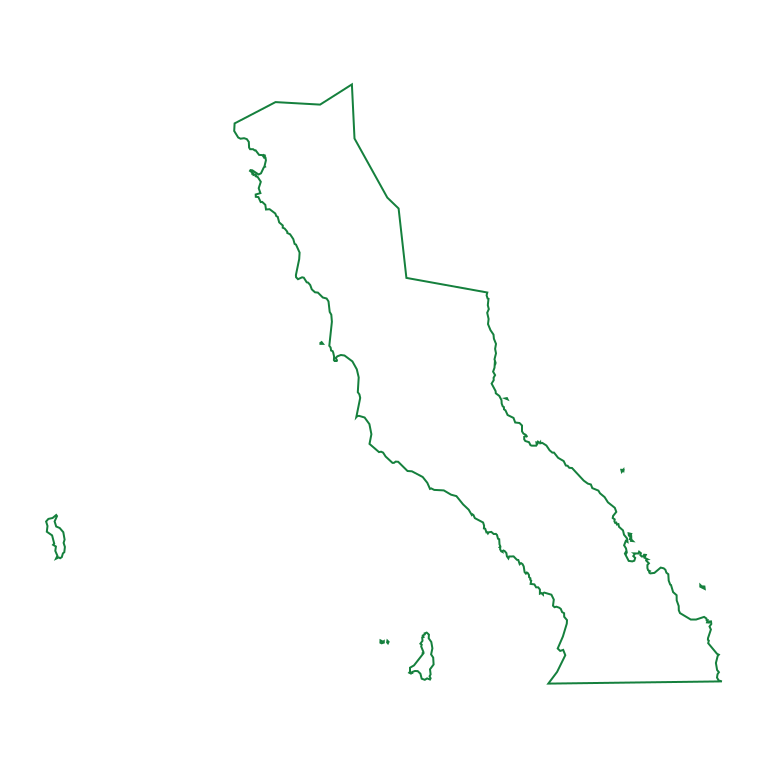 outline of Ensenada, Baja California, Mexico
{"feature_id": "50627088B13797450449328", "entity_name": "Ensenada", "entity_type": "district", "adm_level": 2, "iso_a3": "MEX", "parent_name": "Mexico", "parent_adm1": "Baja California", "projection": "orthographic", "projection_center": [-114.931, 30.193], "detail": "fine", "context": "isolated", "style": "outline", "palette": "green", "viewbox_px": 768, "rotation_deg": 0, "n_neighbors": 0, "source": "geoboundaries", "source_scale": "gbopen_adm2", "svg_char_len": 6108}
<svg xmlns="http://www.w3.org/2000/svg" viewBox="0 0 768 768"><path d="M234.6,123.4L234.2,131.0L238.2,137.5L240.5,138.7L244.1,138.2L246.8,139.1L248.8,141.9L249.1,147.6L250.1,149.2L253.1,149.2L255.2,150.8L254.9,150.4L255.6,150.3L259.1,154.9L262.4,155.1L264.0,157.4L263.2,155.8L263.7,155.0L264.6,155.4L264.1,156.0L264.6,155.7L265.1,157.1L264.6,157.1L264.5,157.8L265.5,157.8L265.9,160.4L264.6,165.8L265.1,166.7L263.9,167.2L261.0,173.3L258.6,174.5L252.3,170.3L250.5,170.1L250.0,170.9L252.0,172.3L252.3,173.8L253.4,173.4L253.5,175.0L255.5,174.7L256.5,176.0L256.1,176.4L257.7,177.0L260.8,181.8L258.7,188.2L260.4,193.1L255.7,194.5L255.8,196.8L258.4,197.1L260.7,202.1L262.2,201.9L265.3,204.8L266.0,209.5L269.6,209.2L275.3,213.5L276.3,216.1L277.7,216.8L279.2,222.4L282.8,225.5L282.7,227.7L284.6,228.5L287.2,231.6L287.3,233.0L290.1,234.3L293.3,239.1L294.6,243.9L296.0,244.6L299.6,252.6L299.2,259.1L295.9,275.1L296.1,277.3L298.0,279.2L302.1,277.3L303.8,277.7L306.7,282.3L308.1,282.6L310.2,285.0L311.8,289.4L315.0,292.3L317.9,292.6L322.8,297.5L326.6,298.5L328.5,301.4L329.7,311.9L331.3,314.7L331.9,321.7L329.3,345.8L330.6,347.5L331.1,350.5L332.6,351.1L333.2,352.5L334.1,356.6L333.9,360.1L334.6,361.0L336.7,361.0L337.0,360.3L335.7,358.0L337.4,356.3L340.9,355.0L344.5,355.5L352.4,361.4L356.8,369.3L358.7,377.4L357.8,392.2L359.4,394.4L360.2,397.9L356.3,417.2L357.4,416.0L359.2,415.9L364.6,417.5L369.4,424.1L371.4,434.2L369.5,443.9L379.0,452.1L381.1,451.7L383.1,452.6L385.6,456.5L392.5,462.9L393.9,462.9L395.7,461.6L398.2,461.8L407.5,471.0L411.9,471.3L422.7,477.0L427.3,482.8L430.0,488.9L431.2,488.4L434.2,489.9L443.8,490.4L451.1,494.7L456.4,496.1L463.1,504.4L468.7,509.7L471.8,515.0L472.4,514.3L473.5,515.1L474.8,518.1L483.1,522.5L484.1,525.7L483.9,528.4L485.2,528.7L486.4,532.3L487.0,532.1L487.9,533.5L488.7,532.3L491.3,531.9L493.7,534.0L495.9,533.9L497.0,535.0L498.0,538.7L499.2,539.2L499.5,544.4L500.3,546.2L499.7,547.1L500.3,547.2L500.1,549.2L501.2,551.3L502.4,551.9L502.2,551.2L503.5,550.5L504.8,551.2L506.4,553.1L506.9,556.3L508.4,558.4L509.1,556.5L513.6,556.4L516.9,559.8L518.3,560.0L519.7,564.2L521.0,563.1L522.5,564.1L523.7,566.4L524.6,572.1L525.9,573.6L526.8,572.5L527.6,572.9L528.9,574.8L529.1,577.2L530.4,578.3L530.2,579.7L531.2,580.6L530.6,583.9L534.4,584.4L536.1,587.3L538.2,587.3L539.9,589.5L539.9,593.6L541.2,593.0L542.9,594.5L542.8,593.2L544.3,592.6L551.4,594.7L553.8,599.6L553.0,605.7L554.5,607.2L556.4,606.7L559.2,607.7L560.8,608.9L562.1,612.1L564.1,613.2L564.2,616.8L567.0,620.1L566.8,623.6L562.9,636.5L557.7,648.5L560.2,650.9L563.2,649.9L565.3,655.2L557.1,671.9L548.3,683.6L721.9,681.4L718.7,680.5L717.0,677.6L717.5,674.3L718.9,672.2L717.1,670.0L715.9,663.0L717.7,655.9L718.8,654.7L717.0,653.8L708.2,643.2L708.8,640.6L707.9,639.8L708.0,638.2L710.9,629.5L709.5,626.5L711.3,624.0L711.0,621.4L709.5,621.5L709.0,622.6L707.0,622.4L707.7,620.2L706.6,620.1L706.4,618.5L704.1,616.9L696.2,619.5L690.7,619.5L680.0,613.1L678.8,610.3L678.7,606.0L676.7,600.4L676.6,595.2L673.1,592.1L671.0,585.0L670.2,584.6L668.7,580.6L668.3,574.2L666.4,572.7L665.4,569.8L663.7,568.3L660.7,567.6L654.4,572.9L650.3,573.4L649.4,572.8L649.1,571.7L649.8,571.1L648.1,570.2L647.4,568.1L647.4,565.0L648.9,563.3L646.1,560.5L646.4,559.5L647.6,559.3L644.5,557.7L645.8,554.9L644.1,554.7L643.0,556.4L641.7,556.5L640.3,555.0L640.9,553.2L639.1,551.7L638.4,553.5L634.1,553.4L634.8,553.9L633.3,556.1L635.2,557.9L634.3,560.7L632.3,561.4L628.7,560.9L624.9,553.6L626.2,551.2L626.7,552.6L626.8,552.4L626.0,548.4L624.1,545.3L625.8,540.9L627.5,541.9L627.0,538.4L624.0,534.7L623.0,530.4L619.0,526.8L618.4,524.1L616.9,524.5L616.3,522.6L615.2,522.9L614.4,521.3L614.7,519.4L612.7,518.0L613.1,515.9L616.3,511.9L614.8,507.8L607.9,502.3L604.6,497.1L600.0,493.3L598.4,490.6L592.3,488.1L590.9,484.5L587.8,483.6L583.7,480.6L572.0,468.0L569.3,467.8L567.6,465.8L565.8,465.5L563.7,461.1L558.1,457.8L554.0,452.6L552.3,452.6L549.6,450.3L546.4,445.5L542.3,442.9L540.4,443.3L540.3,442.4L539.9,443.0L537.9,441.6L537.4,442.6L536.4,442.4L536.6,443.8L537.7,443.4L536.2,445.7L531.9,445.7L530.5,445.2L529.0,442.2L525.3,441.0L524.2,439.3L524.2,436.8L525.9,436.1L527.3,436.9L525.7,434.8L523.4,433.6L522.0,431.3L522.0,425.5L519.5,423.0L515.2,422.5L513.5,417.9L507.6,415.0L505.5,410.4L504.0,409.3L503.9,407.1L502.7,406.3L501.7,403.6L501.5,400.2L499.3,395.9L495.8,393.3L495.6,391.1L491.6,383.6L493.7,380.2L493.6,377.7L495.1,375.1L493.1,371.7L494.5,367.7L494.8,363.0L495.4,363.6L495.6,362.9L494.5,359.3L496.0,353.3L495.1,348.9L496.0,343.9L493.9,338.7L493.5,334.6L490.5,330.2L488.0,324.1L488.6,319.0L487.2,312.8L488.8,309.1L487.8,305.2L488.5,298.8L487.6,298.5L486.6,295.3L487.3,292.5L406.4,277.9L398.6,208.5L387.3,197.6L354.5,138.5L351.9,84.4L320.1,104.6L275.5,102.1L234.6,123.4ZM426.7,632.6L424.6,633.4L424.8,634.4L422.8,635.5L423.5,637.0L422.2,637.4L422.5,640.8L420.4,643.7L421.7,644.7L421.2,646.5L423.5,652.2L422.7,653.0L423.3,653.5L414.0,665.4L410.0,667.7L410.0,671.8L409.2,672.7L410.8,673.5L411.1,672.7L412.3,672.9L412.3,672.0L414.9,671.0L417.7,671.1L420.4,673.7L421.7,678.7L424.8,679.8L427.1,678.4L430.0,679.5L430.6,678.3L429.6,676.2L430.6,674.4L430.0,669.3L433.6,664.5L433.2,657.6L431.1,654.4L432.4,648.3L431.3,642.0L428.7,638.3L428.9,634.6L426.7,632.6ZM54.6,521.4L57.0,516.1L56.2,515.0L52.6,518.0L48.4,518.9L46.1,521.5L47.5,526.0L46.8,531.7L52.1,535.4L54.2,543.6L53.1,544.8L55.9,546.5L55.3,550.9L57.4,555.8L56.0,558.7L58.7,557.4L60.2,558.2L61.8,557.1L62.9,553.4L64.3,552.2L64.9,546.9L63.6,542.9L64.6,539.6L63.3,532.2L59.7,528.0L56.2,526.5L54.6,521.4ZM628.6,533.3L628.9,535.6L629.8,535.8L630.4,537.8L629.9,539.2L631.2,539.6L631.0,540.9L632.9,541.1L631.3,539.5L631.2,535.8L630.6,535.3L631.2,533.9L628.6,533.3ZM383.0,641.7L380.5,640.4L380.4,642.7L381.6,643.3L383.8,642.6L383.8,641.2L383.0,641.7ZM700.3,585.0L700.3,586.7L704.7,588.9L704.4,586.5L701.6,586.3L700.3,585.0ZM321.6,342.1L320.4,342.9L320.4,343.9L323.0,343.9L321.6,342.1ZM623.6,469.8L621.3,469.8L621.8,471.8L623.3,469.9L623.3,470.2L623.5,470.5L623.6,469.8ZM387.9,643.3L388.6,641.9L387.4,640.7L387.1,642.4L387.9,643.3ZM506.9,398.1L505.3,398.4L507.5,399.3L506.9,398.1Z" fill="none" stroke="#15803d" stroke-width="2"/></svg>